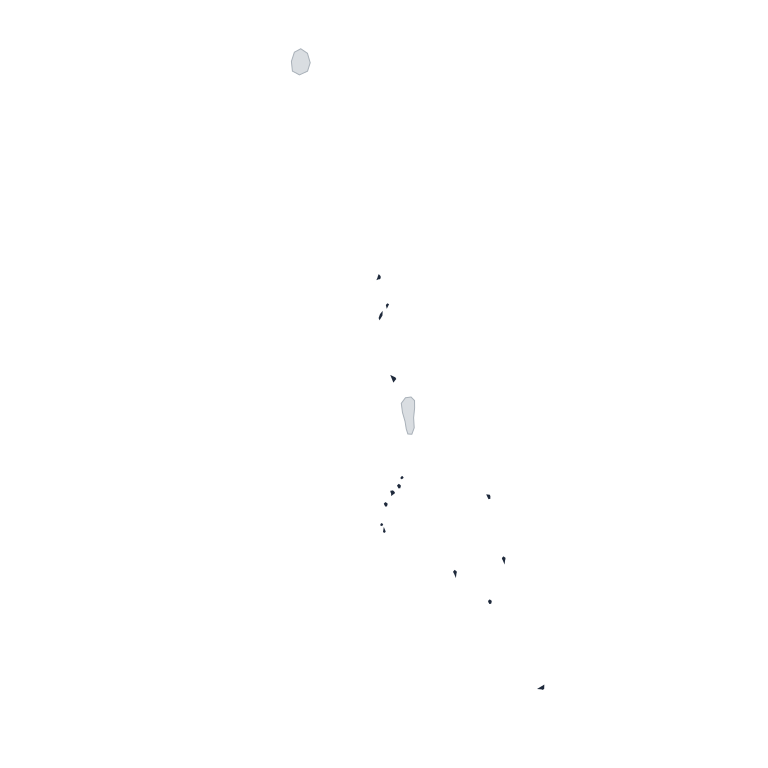 location of Kaafu within Maldives, rotated 158°
{"feature_id": "MDV-5230", "entity_name": "Kaafu", "entity_type": "Atoll", "adm_level": 1, "iso_a3": "MDV", "parent_name": "Maldives", "parent_adm1": "", "projection": "natural_earth1", "projection_center": [73.522, 4.408], "detail": "fine", "context": "in_parent", "style": "outline", "palette": "slate", "viewbox_px": 768, "rotation_deg": 158, "n_neighbors": 0, "source": "natural_earth", "source_scale": "10m", "svg_char_len": 1881}
<svg xmlns="http://www.w3.org/2000/svg" viewBox="0 0 768 768"><g transform="rotate(158 384 384)"><path d="M375.2,359.6L369.3,363.2L363.8,361.8L361.9,357.2L364.6,350.3L369.2,341.6L372.4,332.1L377.0,327.0L380.6,328.7L380.2,334.0L378.5,341.4L377.5,350.8L375.2,359.6ZM342.8,725.2L335.6,726.0L331.1,719.3L332.1,709.5L337.7,702.7L346.6,702.3L351.7,708.4L349.0,717.8L342.8,725.2Z" fill="#d9dde1" stroke="#a8b0b8" stroke-width="1"/><path d="M373.8,383.5L373.8,387.4L373.8,387.5L372.6,386.2L371.9,385.4L371.8,384.6L372.8,384.1L373.8,383.5ZM353.2,43.4L349.6,44.0L350.4,42.2L351.1,42.0L352.0,42.8L353.2,43.4ZM417.7,278.9L417.4,279.8L417.5,280.8L417.4,281.4L417.0,281.3L416.3,281.2L416.2,281.1L415.6,279.7L416.0,279.2L416.8,279.2L417.7,278.9ZM329.3,238.1L329.5,241.7L328.4,241.1L328.4,240.3L328.8,239.4L329.3,238.1ZM338.9,175.2L338.9,175.3L338.9,176.3L339.1,177.2L339.0,177.8L338.2,178.2L337.6,177.3L337.8,176.7L338.4,176.1L338.9,175.2ZM408.8,281.8L408.7,282.9L408.9,283.7L408.9,284.4L408.1,284.7L407.5,283.7L407.7,283.2L408.2,282.7L408.8,281.8ZM367.8,140.6L367.8,141.7L368.0,142.6L367.9,143.2L367.1,143.5L367.0,143.3L366.5,142.6L366.7,142.0L367.3,141.5L367.8,140.6ZM389.1,180.9L389.1,181.0L389.1,182.0L389.3,182.9L389.3,183.5L388.5,183.9L388.3,183.5L387.9,182.9L388.1,182.3L388.6,181.8L389.1,180.9ZM427.9,269.9L427.8,271.0L428.0,271.8L428.0,272.5L427.3,272.8L426.6,271.9L426.8,271.3L427.4,270.7L427.9,269.9ZM349.8,484.1L349.1,484.8L348.5,485.7L348.1,486.1L347.8,485.3L348.2,484.1L348.7,483.8L349.3,484.1L349.8,484.1ZM363.3,446.7L363.3,446.8L360.9,449.5L360.0,450.0L360.6,448.7L361.4,448.1L363.3,446.7ZM403.5,289.9L403.4,290.0L402.3,290.8L401.3,290.6L401.2,290.6L403.5,289.9ZM351.9,455.2L351.8,455.9L350.2,456.7L350.1,456.8L351.9,455.2ZM439.6,246.5L438.7,248.0L438.7,247.1L439.6,246.5ZM439.6,253.7L439.0,254.7L437.9,255.0L439.6,253.7Z" fill="none" stroke="#1e293b" stroke-width="2"/></g></svg>